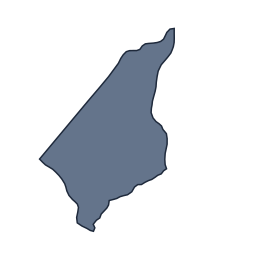 the district of Divisa Alegre, Minas Gerais, Brazil, rotated 226°
{"feature_id": "56859067B20750472426089", "entity_name": "Divisa Alegre", "entity_type": "district", "adm_level": 2, "iso_a3": "BRA", "parent_name": "Brazil", "parent_adm1": "Minas Gerais", "projection": "albers", "projection_center": [-41.381, -15.712], "detail": "fine", "context": "isolated", "style": "filled", "palette": "slate", "viewbox_px": 256, "rotation_deg": 226, "n_neighbors": 0, "source": "geoboundaries", "source_scale": "gbopen_adm2", "svg_char_len": 1326}
<svg xmlns="http://www.w3.org/2000/svg" viewBox="0 0 256 256"><g transform="rotate(226 128 128)"><path d="M167.1,42.8L162.6,42.8L158.8,43.0L154.9,44.1L150.6,45.2L146.6,45.4L141.8,45.4L136.9,44.9L131.9,43.8L128.7,42.3L125.2,40.3L120.5,38.7L115.1,38.4L111.8,38.7L108.4,38.7L105.3,37.2L102.5,33.6L99.3,28.9L95.0,25.6L89.4,26.8L84.3,28.7L80.5,29.7L77.7,31.4L79.2,34.8L82.9,36.1L83.6,41.2L82.9,45.2L84.7,48.9L84.9,53.2L85.1,57.1L86.1,60.5L88.9,64.1L86.8,67.8L85.1,71.0L84.1,74.6L82.3,78.0L80.3,81.3L79.5,86.4L81.0,91.7L80.5,95.7L78.0,98.4L77.1,102.6L75.9,106.3L74.5,109.3L73.8,112.9L73.3,116.6L71.9,120.1L72.5,123.9L71.9,127.4L75.9,129.3L79.9,132.7L83.9,137.1L86.6,141.1L89.2,144.9L93.2,148.8L97.3,151.7L102.7,152.1L106.2,153.5L109.5,153.3L113.2,152.6L117.9,153.0L123.0,155.3L126.0,158.6L127.9,161.3L130.3,164.2L132.6,168.0L135.6,173.1L138.2,176.8L141.3,180.2L144.8,184.7L148.0,189.3L150.4,195.8L151.3,205.2L152.1,210.7L153.4,213.8L155.0,217.1L157.4,220.5L160.2,223.4L163.9,226.9L167.5,230.4L170.0,226.9L169.8,222.4L168.4,218.7L167.2,215.3L167.6,211.6L169.2,208.4L171.5,205.2L174.5,201.6L176.5,198.9L177.1,195.3L176.3,191.1L177.7,188.0L180.3,185.3L182.6,182.8L184.1,179.8L184.0,175.5L183.1,171.3L181.2,166.0L178.4,149.5L177.7,143.0L177.0,136.6L175.2,118.2L167.1,42.8Z" fill="#64748b" stroke="#1e293b" stroke-width="1.5"/></g></svg>